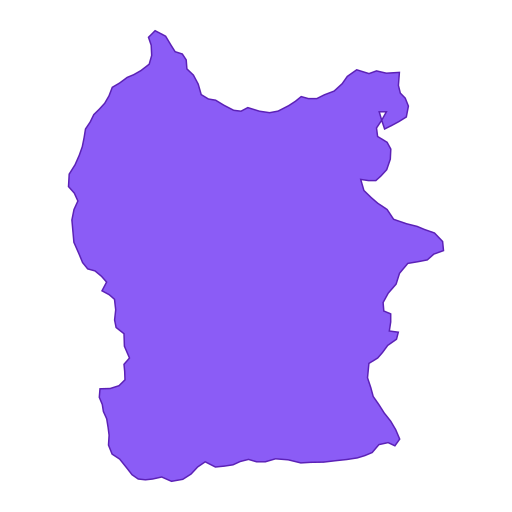 the district of Turvolândia, Minas Gerais, Brazil
{"feature_id": "56859067B33142489380920", "entity_name": "Turvolândia", "entity_type": "district", "adm_level": 2, "iso_a3": "BRA", "parent_name": "Brazil", "parent_adm1": "Minas Gerais", "projection": "orthographic", "projection_center": [-45.794, -21.88], "detail": "fine", "context": "isolated", "style": "filled", "palette": "violet", "viewbox_px": 512, "rotation_deg": 0, "n_neighbors": 0, "source": "geoboundaries", "source_scale": "gbopen_adm2", "svg_char_len": 2259}
<svg xmlns="http://www.w3.org/2000/svg" viewBox="0 0 512 512"><path d="M127.2,77.4L119.5,83.1L112.3,87.3L109.0,95.9L104.7,103.3L99.4,109.1L93.8,114.6L90.2,122.0L85.5,129.0L84.1,137.7L82.3,146.7L79.3,155.2L75.1,164.7L69.2,174.1L68.5,186.6L74.3,193.1L77.9,201.0L74.0,209.5L71.9,220.0L73.1,233.4L73.9,242.3L79.1,254.1L82.6,262.6L87.7,268.9L95.0,270.9L101.5,276.3L106.6,282.1L102.0,290.8L109.2,294.7L114.5,299.3L115.7,309.8L114.6,320.0L116.1,327.5L124.0,333.7L124.4,346.2L129.5,358.0L124.0,364.3L124.7,371.6L125.0,379.8L119.0,385.7L110.2,388.5L100.0,388.8L99.3,397.3L102.3,404.5L103.4,411.5L106.7,418.8L108.1,427.4L109.1,435.2L108.5,445.1L112.1,454.1L119.7,459.1L126.9,468.1L132.0,474.7L138.2,479.0L145.4,479.8L152.6,479.0L161.7,477.0L171.5,481.3L182.8,479.3L191.1,474.0L197.6,467.0L205.2,461.8L215.4,467.0L224.4,466.1L233.0,464.8L240.2,461.5L248.5,459.4L256.6,461.8L265.3,461.8L275.5,458.8L288.2,459.8L300.8,462.9L310.9,462.3L323.6,462.1L335.5,460.7L346.8,459.5L357.3,457.9L364.8,455.6L372.2,452.5L378.9,444.6L388.1,442.6L394.9,445.8L399.7,439.1L395.7,429.7L390.7,421.2L384.2,413.0L379.0,404.8L373.2,396.5L370.8,387.7L367.5,377.8L368.9,363.4L377.7,358.0L382.4,352.6L387.7,345.4L396.5,339.2L398.3,332.2L389.3,331.0L390.7,322.0L390.7,313.9L383.8,311.0L383.1,302.5L388.2,293.2L396.1,284.1L399.5,273.3L407.8,263.4L418.5,261.6L427.3,259.9L433.8,254.1L443.5,250.6L442.6,241.5L434.5,233.0L424.5,229.5L417.1,226.4L406.3,223.7L393.6,219.3L387.1,209.5L377.8,203.3L371.1,197.5L363.9,190.5L360.7,179.4L368.6,180.6L375.8,180.6L381.0,175.9L386.7,169.7L390.3,159.2L390.8,149.1L387.1,142.3L377.6,136.5L376.5,128.0L381.7,120.2L384.6,129.0L392.2,125.2L398.7,121.7L406.3,117.0L408.4,106.1L405.2,98.1L400.3,93.1L398.4,85.4L399.4,72.4L386.4,73.2L376.5,70.9L369.0,73.6L356.7,69.8L347.3,76.4L342.2,83.7L334.1,91.1L324.4,94.8L316.8,98.6L308.4,98.6L301.2,96.6L295.4,101.3L288.8,105.6L278.1,111.1L269.6,112.7L259.4,111.2L247.8,107.6L241.0,111.2L233.7,110.3L224.0,105.3L215.6,100.2L208.4,99.0L201.2,94.6L198.2,84.1L193.4,75.1L186.9,68.9L186.2,59.9L182.3,54.0L175.1,51.7L171.0,45.2L165.6,36.2L155.1,30.7L148.5,37.3L151.2,45.2L151.7,55.4L149.2,64.2L140.9,70.6L133.7,74.7L127.2,77.4ZM381.7,120.2L379.2,111.8L386.4,111.8L381.7,120.2Z" fill="#8b5cf6" stroke="#5b21b6" stroke-width="1.5"/></svg>